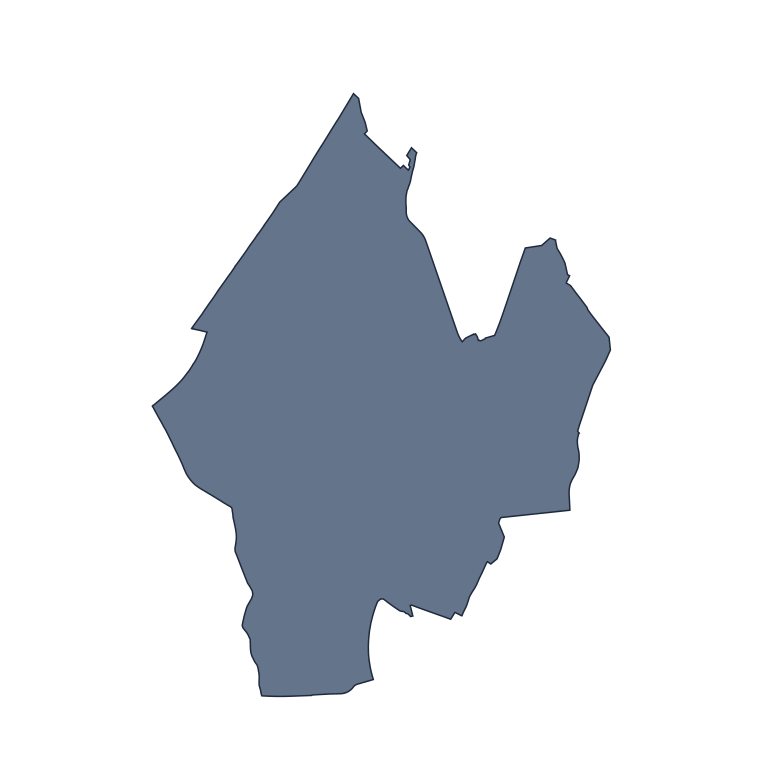 Leiden, Zuid-Holland, Netherlands (orthographic projection), rotated 165°
{"feature_id": "6326949B91980754405751", "entity_name": "Leiden", "entity_type": "district", "adm_level": 2, "iso_a3": "NLD", "parent_name": "Netherlands", "parent_adm1": "Zuid-Holland", "projection": "orthographic", "projection_center": [4.488, 52.152], "detail": "fine", "context": "isolated", "style": "filled", "palette": "slate", "viewbox_px": 768, "rotation_deg": 165, "n_neighbors": 0, "source": "geoboundaries", "source_scale": "gbopen_adm2", "svg_char_len": 6077}
<svg xmlns="http://www.w3.org/2000/svg" viewBox="0 0 768 768"><g transform="rotate(165 384 384)"><path d="M163.2,350.0L156.5,358.3L155.6,364.0L154.5,371.0L158.9,381.1L166.0,397.8L167.9,402.9L168.1,405.4L169.3,408.4L171.9,414.9L175.4,423.3L176.9,427.2L177.8,429.4L178.4,430.8L180.5,433.0L181.8,434.4L180.8,435.8L176.7,440.5L178.4,442.2L177.9,453.8L178.6,458.0L179.9,464.0L181.7,470.2L181.2,478.3L181.0,478.6L182.6,479.8L185.8,482.0L195.9,477.0L212.3,478.8L215.3,474.4L220.7,466.6L245.1,429.9L250.6,421.7L256.2,413.5L262.6,404.8L264.6,402.3L274.3,402.1L275.0,401.3L276.5,401.2L278.8,400.7L279.8,400.8L280.4,401.1L280.9,401.8L281.6,401.7L281.6,405.0L281.8,406.0L282.3,407.6L282.6,408.7L284.3,408.5L284.4,409.0L293.3,407.2L293.5,407.1L297.5,404.6L297.8,405.2L298.2,406.5L298.7,408.2L299.1,409.8L299.4,411.5L299.7,413.3L299.8,414.5L306.3,507.2L306.6,510.9L306.8,513.2L307.0,514.4L307.4,516.0L307.9,517.8L308.6,519.5L309.5,521.2L310.6,523.2L314.8,530.6L316.6,533.7L317.1,534.7L317.6,535.6L317.9,536.5L318.3,538.4L318.5,539.8L318.5,540.3L318.5,540.8L318.4,541.8L318.4,542.4L318.1,544.1L317.7,545.7L317.0,548.0L316.6,550.3L316.4,551.1L316.3,551.7L315.8,554.1L315.0,556.7L314.6,558.2L314.2,559.3L313.9,560.1L312.7,562.7L311.5,565.1L310.4,566.4L309.0,568.5L307.7,570.3L306.0,573.0L303.4,578.3L302.0,580.9L301.2,582.4L300.4,583.7L299.4,585.3L298.3,587.4L296.8,590.7L295.6,593.2L294.8,595.2L294.4,596.0L293.6,597.4L292.8,598.6L292.5,598.9L296.3,605.1L302.9,598.8L300.6,593.9L302.1,591.4L303.5,589.1L302.8,587.0L304.1,585.3L305.2,584.3L308.7,590.1L312.3,588.1L323.2,605.9L330.6,618.0L338.1,630.6L334.7,632.8L334.5,641.7L335.7,652.3L334.6,666.4L338.3,672.4L359.4,652.0L362.9,648.9L369.1,643.1L381.9,631.0L383.2,629.9L392.1,621.6L398.2,615.7L411.7,602.8L416.7,598.1L419.4,596.5L437.6,586.7L446.3,578.8L450.1,575.5L459.1,568.0L459.0,567.9L461.9,565.5L465.3,562.7L467.8,560.8L471.3,557.7L473.7,555.8L477.5,552.7L480.2,550.4L481.8,548.9L488.3,543.5L495.7,537.5L496.0,537.3L496.6,536.9L497.0,536.6L497.3,536.4L497.9,535.6L498.6,535.0L502.6,531.5L504.4,530.1L507.1,527.9L512.0,523.8L520.3,517.0L524.1,513.6L526.0,511.9L532.1,506.9L537.2,502.6L539.3,500.8L540.7,499.5L541.8,498.5L544.6,496.3L549.7,492.2L555.2,487.7L554.5,487.4L555.0,487.0L548.1,483.5L541.5,479.9L543.0,477.7L544.4,475.5L548.2,469.7L549.6,467.8L550.3,466.8L553.6,462.6L555.3,460.6L558.8,456.6L561.9,453.6L563.2,452.6L565.4,450.4L567.7,448.3L570.1,446.3L570.3,446.3L572.3,444.7L574.0,443.4L575.4,442.3L577.9,440.5L579.1,439.7L581.6,438.2L584.8,436.3L588.5,434.3L593.3,431.9L597.3,430.0L612.3,423.1L612.6,423.1L612.6,422.9L613.5,422.5L612.9,420.6L612.0,416.6L611.0,412.8L610.2,409.2L609.1,405.3L608.1,401.0L607.5,398.5L606.8,396.1L606.0,392.3L605.3,388.8L604.8,386.1L604.1,382.9L603.5,379.4L602.5,374.0L601.7,370.4L600.7,365.1L600.3,362.8L599.5,357.8L599.4,356.7L599.1,354.1L598.3,349.1L598.1,348.1L597.8,347.2L597.2,345.1L596.8,344.1L596.1,342.2L595.2,340.2L594.2,338.3L593.6,337.2L592.4,335.3L591.0,333.5L590.2,332.6L588.4,330.5L581.7,323.6L576.4,318.1L569.6,310.8L565.7,306.8L564.8,305.9L564.0,305.1L563.7,304.7L563.5,304.3L563.3,303.9L563.2,303.5L563.1,302.9L563.1,302.3L563.4,300.8L563.7,297.4L564.0,295.8L564.3,294.2L564.4,293.0L564.5,289.7L565.0,281.4L565.2,279.5L565.4,278.3L565.7,276.5L566.1,274.8L566.4,273.7L567.3,271.0L568.3,268.7L568.7,267.7L569.6,265.8L570.2,264.5L570.7,263.0L571.1,260.8L570.9,258.9L570.5,256.0L569.3,244.5L569.1,242.7L568.8,239.9L567.3,227.0L566.0,223.0L564.8,218.3L565.1,215.1L565.7,213.6L566.7,212.2L567.0,211.7L567.7,210.8L569.7,208.8L573.3,205.2L573.5,204.9L574.4,203.8L576.1,201.1L578.5,197.1L578.9,196.4L579.4,195.5L582.1,190.3L582.6,189.2L582.8,188.8L583.1,188.3L583.3,187.8L583.5,187.0L583.5,186.7L583.4,185.8L583.4,185.5L583.4,185.2L583.3,184.9L583.2,184.6L582.7,183.4L581.0,179.5L580.3,177.3L579.8,174.3L579.4,171.9L579.4,171.6L580.1,169.1L580.2,168.4L580.3,167.6L580.8,166.0L581.1,164.7L581.8,161.4L582.0,160.0L582.0,159.6L582.1,158.8L582.1,157.5L582.0,155.4L581.9,154.8L581.3,151.8L581.1,150.8L580.8,149.4L580.5,148.4L579.4,145.6L579.3,144.8L579.2,142.5L579.2,142.2L579.3,141.0L579.5,139.4L579.6,137.8L579.6,137.2L579.7,136.5L579.9,135.8L580.1,134.7L580.3,133.4L580.5,132.9L580.6,132.5L580.9,131.6L582.2,127.0L582.5,125.3L582.6,124.8L582.5,120.4L582.5,119.4L582.6,118.5L582.8,117.7L582.8,117.3L582.8,115.7L582.7,114.4L576.5,112.4L568.5,110.0L560.9,108.0L553.3,106.2L534.5,101.9L534.2,102.2L533.5,102.1L530.4,101.5L516.1,98.5L507.6,96.4L504.8,95.8L502.2,95.6L499.8,95.8L498.3,96.1L496.7,96.6L495.1,97.3L493.9,97.9L491.3,99.8L489.9,100.5L488.1,100.9L470.8,101.3L470.8,102.7L470.9,105.4L470.8,110.6L470.5,116.1L470.4,116.1L469.9,120.8L469.4,124.2L468.7,128.0L467.6,132.3L466.8,135.5L466.2,137.3L465.5,139.6L464.6,142.2L463.2,146.0L461.8,149.5L458.5,156.6L456.6,160.0L455.0,162.9L452.7,166.6L451.4,168.6L450.5,170.0L449.6,171.3L446.5,175.5L442.9,177.2L442.5,177.0L441.2,176.8L440.4,176.6L439.3,175.3L436.5,171.6L431.6,165.6L428.4,161.9L427.9,161.3L427.2,160.7L426.1,160.0L424.2,159.2L423.6,158.8L423.2,158.4L423.0,158.2L422.6,157.6L422.4,157.1L422.2,156.8L420.6,155.9L420.3,155.6L419.9,155.1L418.5,152.5L418.4,152.5L416.2,152.4L416.0,163.3L414.6,163.3L408.6,159.0L404.3,156.0L388.8,145.3L388.7,145.3L380.5,139.5L374.6,145.0L368.9,140.0L368.8,139.9L368.7,139.9L366.6,142.8L365.6,143.9L363.9,145.8L362.3,147.6L361.7,148.4L360.8,149.7L358.6,153.0L357.4,155.0L357.0,155.7L356.4,156.4L355.7,157.2L354.3,158.6L352.7,160.2L350.6,162.1L349.5,163.1L347.1,165.5L346.5,166.2L342.0,171.9L338.3,176.1L331.4,184.5L330.1,185.5L327.4,182.5L320.0,185.9L314.3,193.5L307.4,205.0L309.3,220.1L307.1,223.4L307.0,223.6L305.5,224.7L237.1,214.0L234.9,224.0L233.7,229.8L233.2,231.7L232.6,233.6L231.9,235.4L231.0,237.3L230.1,239.0L228.8,240.8L227.4,242.5L223.1,246.9L220.5,250.0L219.3,251.6L218.2,253.2L217.4,255.0L215.7,258.7L215.0,260.6L214.0,264.5L213.6,266.5L213.3,268.7L213.1,273.2L212.4,277.4L211.9,279.3L211.2,281.2L210.3,282.9L208.9,285.4L209.0,285.6L208.1,286.0L208.6,286.9L209.2,288.3L205.8,293.8L204.0,296.5L182.6,328.9L165.7,347.2L163.2,350.0Z" fill="#64748b" stroke="#1e293b" stroke-width="1.5"/></g></svg>